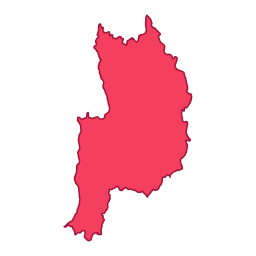 Antanambao Manampontsy, Atsinanana, Madagascar (Natural Earth projection)
{"feature_id": "10022922B63046975451138", "entity_name": "Antanambao Manampontsy", "entity_type": "district", "adm_level": 2, "iso_a3": "MDG", "parent_name": "Madagascar", "parent_adm1": "Atsinanana", "projection": "natural_earth1", "projection_center": [48.439, -19.564], "detail": "fine", "context": "isolated", "style": "filled", "palette": "rose", "viewbox_px": 256, "rotation_deg": 0, "n_neighbors": 0, "source": "geoboundaries", "source_scale": "gbopen_adm2", "svg_char_len": 5769}
<svg xmlns="http://www.w3.org/2000/svg" viewBox="0 0 256 256"><path d="M151.7,22.4L151.3,21.9L150.8,19.8L150.6,19.4L147.6,16.0L146.7,15.4L146.0,17.2L145.6,23.2L145.7,25.6L146.4,29.6L146.3,30.6L145.5,32.8L144.5,33.7L142.7,34.6L140.4,34.9L139.2,35.6L138.9,36.3L138.5,39.3L137.8,41.2L137.1,41.9L136.4,41.9L135.8,41.4L135.0,41.2L133.3,38.5L133.0,38.6L132.6,39.2L132.4,39.2L132.3,38.1L131.9,38.1L130.9,38.8L130.1,38.9L129.0,40.2L127.8,40.6L127.1,41.3L126.6,45.1L125.8,45.4L124.9,44.3L123.2,43.7L122.5,42.6L122.3,42.0L122.4,41.5L123.3,39.6L123.3,39.0L123.0,38.7L121.6,38.3L121.3,38.0L121.0,37.0L120.7,36.8L119.5,36.6L118.2,37.2L117.8,38.1L117.4,38.3L116.5,38.2L115.7,39.0L114.3,38.2L113.0,38.1L112.7,37.8L112.6,35.6L112.5,35.1L112.3,34.9L111.5,34.7L110.3,35.6L109.8,35.7L109.4,35.4L109.4,34.9L109.7,33.3L109.3,32.0L108.9,31.8L108.4,31.9L106.1,33.0L105.4,33.0L104.7,32.4L103.9,32.4L103.2,31.0L102.7,30.6L102.7,30.1L103.2,28.7L103.4,28.1L103.3,27.8L102.8,27.6L102.0,27.7L101.7,27.4L101.7,27.0L101.4,26.6L100.5,25.9L100.8,24.3L100.6,24.0L99.9,24.0L99.2,24.6L98.8,25.1L98.5,27.6L98.8,29.2L98.3,31.6L97.3,34.4L97.3,35.1L97.7,35.6L98.7,36.2L98.8,36.6L98.1,37.7L96.8,38.6L95.6,41.2L95.7,41.8L96.4,43.7L96.4,44.8L94.5,46.3L94.1,46.7L94.0,47.2L94.3,48.3L96.0,49.5L96.5,50.9L97.1,51.4L98.1,52.7L98.2,54.1L99.0,55.3L98.9,56.3L99.6,57.4L99.9,58.7L100.0,59.1L101.1,59.8L100.9,60.2L100.4,60.7L100.3,62.0L99.3,62.4L99.2,62.8L99.1,64.4L98.4,65.9L98.5,67.1L98.4,68.4L99.5,70.4L99.4,73.0L100.4,75.1L100.4,76.0L101.0,77.4L101.2,78.7L102.5,79.8L103.1,80.7L103.8,82.3L103.8,83.3L103.1,84.7L103.2,86.4L103.0,87.2L103.6,88.5L104.5,89.6L104.8,90.3L105.8,93.8L107.1,96.0L107.4,99.3L108.0,101.1L108.5,104.3L109.2,105.1L108.9,105.9L109.4,107.1L109.7,109.3L109.3,110.6L108.2,112.5L107.3,113.2L105.7,114.0L105.3,114.5L104.9,115.2L104.7,117.3L104.3,117.9L102.6,119.0L101.0,119.2L99.4,118.8L97.8,116.9L96.6,117.0L95.2,117.4L92.5,118.5L88.8,117.5L88.5,116.4L88.4,113.2L88.3,112.9L88.0,112.6L87.4,112.9L87.2,113.3L86.5,117.0L85.9,117.8L85.5,118.0L84.3,118.3L81.9,119.4L81.0,119.0L79.6,117.5L78.2,117.3L77.7,117.6L77.6,118.4L77.8,119.9L77.5,120.6L77.8,120.7L78.6,121.8L80.5,125.2L81.0,129.5L81.0,130.9L80.8,132.0L80.4,132.9L79.2,135.2L78.5,139.4L78.6,142.0L78.9,142.8L79.8,147.9L79.5,149.2L77.8,152.0L77.7,152.6L78.3,154.4L78.5,157.3L79.4,159.7L79.5,160.9L79.3,163.3L79.1,163.6L77.8,164.1L77.4,164.6L76.8,165.7L76.6,172.2L74.6,177.4L74.5,179.3L76.0,183.6L77.4,185.1L78.5,187.0L78.8,188.3L78.9,190.8L79.4,194.8L79.3,196.6L79.9,198.9L79.6,201.1L79.3,204.3L78.2,207.6L77.3,209.7L77.0,212.4L76.8,213.0L75.4,214.1L74.6,216.6L73.6,218.0L73.0,219.2L73.1,219.7L72.9,220.1L72.2,220.8L70.2,221.8L67.8,223.4L66.6,224.9L64.4,226.7L65.0,227.0L65.6,226.9L66.5,226.5L67.8,225.2L68.2,225.1L70.7,226.6L71.7,226.2L72.0,226.3L72.2,226.6L72.8,228.5L73.6,229.5L74.7,231.8L75.0,234.4L75.3,234.7L75.7,234.6L77.4,233.0L78.4,232.7L79.9,232.9L82.6,230.7L83.3,230.5L84.1,230.6L84.8,231.2L85.2,232.4L85.0,234.6L84.4,236.5L84.6,237.3L86.8,239.7L88.2,240.6L89.0,240.6L90.5,240.1L91.2,239.2L92.0,236.0L92.5,234.8L93.3,233.9L96.0,232.7L96.9,232.6L97.8,233.0L97.8,233.3L97.2,233.9L97.7,234.1L100.0,234.7L100.6,234.6L101.2,234.3L101.4,233.9L101.4,233.5L101.1,231.1L101.1,228.9L101.9,226.9L101.9,225.3L102.1,224.1L103.1,222.3L103.3,221.0L104.0,220.6L104.3,220.1L104.1,219.3L102.8,217.9L103.2,216.4L103.1,215.9L101.7,214.7L101.6,214.3L101.9,213.8L102.2,213.6L104.3,213.1L104.8,212.9L105.7,210.6L106.9,209.7L107.6,208.0L107.9,206.6L107.5,204.4L108.4,202.0L109.0,201.3L109.4,199.9L110.2,198.5L109.7,197.3L109.8,196.4L110.1,195.6L110.1,195.3L108.7,193.9L108.6,193.4L108.9,192.1L109.3,191.1L109.5,189.3L110.2,189.5L112.0,189.4L112.7,188.7L114.4,188.2L115.5,187.3L117.5,186.4L118.7,187.3L119.4,189.4L119.6,189.5L120.1,190.3L122.1,190.5L122.4,189.2L123.3,189.2L123.8,189.0L124.3,188.6L124.7,187.6L125.1,187.3L126.4,188.0L127.7,189.1L129.1,189.4L131.0,189.2L132.8,190.0L135.3,190.4L135.7,190.6L136.4,191.5L138.5,192.3L139.5,192.2L140.6,192.4L142.1,191.2L142.5,191.4L143.6,192.9L145.4,194.4L146.0,194.7L146.3,195.3L146.4,195.8L147.2,196.9L147.5,196.7L149.0,194.3L149.6,193.9L151.8,191.1L152.5,189.7L152.9,189.4L154.4,190.2L156.7,190.0L158.1,189.2L158.7,188.4L159.5,186.3L161.1,184.3L161.7,182.9L162.2,181.2L162.3,178.3L162.8,177.3L163.5,177.1L164.7,177.2L165.0,177.1L165.5,176.8L166.0,176.0L167.5,175.0L168.5,175.2L169.6,176.1L170.0,176.6L170.0,175.5L170.3,175.0L173.0,172.2L176.3,170.8L177.2,170.3L178.7,170.2L181.2,169.4L182.3,168.6L182.3,167.3L181.8,165.5L180.8,163.6L180.6,162.8L180.6,159.5L181.1,158.7L182.5,157.7L184.6,155.5L186.2,152.5L187.2,147.2L187.3,144.9L186.5,142.9L186.1,142.5L186.1,140.3L186.4,140.2L188.0,140.4L189.0,140.9L190.0,140.7L190.3,140.4L190.3,140.1L189.8,138.9L189.0,138.3L187.7,136.4L186.9,134.4L186.1,133.4L186.1,132.0L187.4,124.3L187.5,122.8L186.8,121.7L186.4,121.6L185.2,121.9L183.6,122.0L182.7,121.3L182.4,119.4L182.4,118.1L181.4,114.0L181.5,113.4L182.0,111.6L182.1,109.7L183.2,110.1L183.9,111.0L184.3,110.8L184.3,107.8L184.7,107.5L186.3,108.0L188.0,106.1L190.1,102.8L190.9,100.6L191.6,97.3L191.5,95.9L190.9,93.9L189.2,94.0L187.4,92.5L186.7,91.5L187.6,88.9L187.4,85.7L186.6,83.5L185.6,78.1L184.6,75.8L184.2,73.7L183.8,72.7L183.3,72.1L182.3,71.6L179.4,70.3L178.4,70.2L177.8,69.8L176.9,69.2L175.3,67.4L175.0,66.2L175.4,64.2L176.9,60.2L177.1,58.9L176.8,57.4L175.8,56.9L174.8,56.8L173.7,58.5L173.0,58.8L172.4,58.1L171.9,56.1L170.8,55.0L170.2,54.6L168.9,54.3L167.1,54.7L164.5,53.0L164.1,51.5L164.1,49.6L164.4,48.8L164.6,47.1L164.7,46.4L164.3,45.3L161.3,42.9L160.2,41.7L159.6,40.3L159.2,38.8L158.5,37.4L158.5,36.3L158.6,36.0L160.2,34.5L160.3,34.4L160.2,33.9L159.8,33.2L158.8,32.4L154.9,28.2L153.9,27.7L153.4,27.9L153.0,27.9L152.4,27.1L151.3,25.3L151.9,23.2L151.7,22.4Z" fill="#f43f5e" stroke="#9f1239" stroke-width="1.5"/></svg>